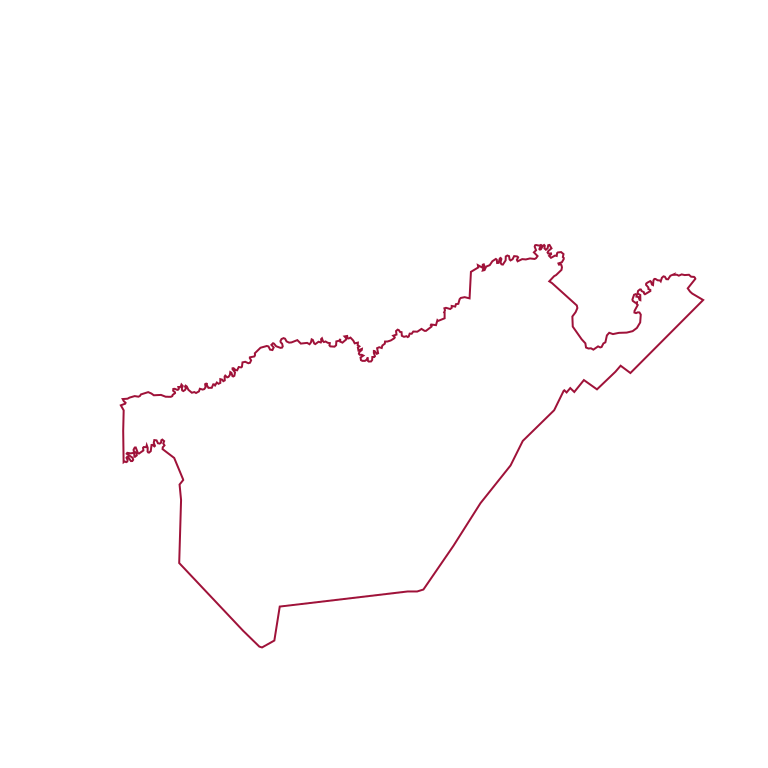 Nitchidorf, Timis, Romania, rotated 130°
{"feature_id": "2599482B42012307395467", "entity_name": "Nitchidorf", "entity_type": "district", "adm_level": 2, "iso_a3": "ROU", "parent_name": "Romania", "parent_adm1": "Timis", "projection": "robinson", "projection_center": [21.512, 45.567], "detail": "fine", "context": "isolated", "style": "outline", "palette": "rose", "viewbox_px": 768, "rotation_deg": 130, "n_neighbors": 0, "source": "geoboundaries", "source_scale": "gbopen_adm2", "svg_char_len": 6166}
<svg xmlns="http://www.w3.org/2000/svg" viewBox="0 0 768 768"><g transform="rotate(130 384 384)"><path d="M563.5,574.5L564.4,572.3L564.5,569.9L565.4,569.6L569.5,571.9L571.5,566.5L587.5,553.7L611.3,533.2L610.0,532.9L609.6,531.3L608.4,530.8L607.1,531.5L606.1,533.8L604.8,533.9L604.4,533.2L605.7,528.3L604.8,527.3L603.3,527.4L602.1,529.2L602.8,536.3L601.7,536.4L600.0,533.5L597.8,531.6L597.9,530.6L600.0,528.6L599.9,528.0L597.6,527.5L596.1,529.1L596.2,532.7L595.3,533.6L592.9,534.1L592.2,533.4L595.0,528.3L594.8,527.0L589.6,525.6L587.7,527.6L586.7,527.5L585.2,525.5L583.4,526.4L584.8,524.0L587.7,521.7L588.0,520.7L587.6,519.9L585.4,519.5L580.1,522.9L579.4,522.2L579.4,519.8L578.6,519.7L577.0,522.6L574.6,523.9L573.4,522.0L574.7,519.1L573.8,517.5L572.3,517.1L570.2,518.4L569.1,518.1L569.1,515.7L571.4,514.9L572.1,512.7L574.7,512.8L576.2,511.8L575.5,497.2L586.1,476.8L586.6,476.1L592.4,476.0L603.3,464.9L652.8,425.8L663.6,333.3L665.3,310.7L664.2,308.1L651.0,303.1L621.5,320.8L527.6,232.4L521.7,225.3L516.1,221.7L463.4,226.8L413.3,233.5L365.0,234.7L338.4,241.1L294.7,236.8L273.7,242.0L272.9,241.8L273.1,238.7L267.4,238.7L267.8,233.1L252.5,233.4L251.2,217.4L225.9,214.6L217.9,214.5L217.2,202.3L114.5,193.5L116.6,206.0L116.5,208.9L115.5,212.8L103.3,213.1L102.7,214.3L102.7,215.4L104.4,217.7L104.3,220.6L107.3,223.7L108.7,226.4L111.5,227.8L112.1,230.0L114.3,232.4L113.7,232.5L117.0,234.2L121.2,233.7L122.2,235.1L121.3,237.8L121.9,239.1L124.0,239.4L127.5,238.0L127.3,239.1L128.7,241.1L129.0,243.5L129.7,244.4L131.4,244.2L135.3,241.5L135.6,242.7L134.0,245.3L134.0,246.2L137.1,247.4L138.5,247.7L139.6,247.0L140.1,243.6L141.3,242.5L140.7,240.5L141.6,239.7L147.5,241.8L147.5,242.9L146.6,244.0L147.2,246.4L146.5,247.9L147.0,248.7L149.3,249.2L150.8,248.5L151.6,247.6L151.1,244.9L155.0,241.5L155.3,242.3L153.8,244.9L154.8,246.8L153.0,247.7L153.3,248.9L154.9,249.8L159.6,248.0L160.4,246.9L160.2,243.6L158.8,242.7L160.3,241.7L160.4,240.4L166.9,239.1L168.3,238.1L167.7,236.5L165.9,235.6L165.0,234.3L165.8,231.9L172.2,227.3L178.5,226.3L183.7,227.5L188.6,231.1L193.8,236.9L198.6,240.7L200.0,244.4L203.5,244.5L209.8,241.2L211.9,242.0L215.8,241.1L217.0,241.9L217.6,244.2L223.1,245.7L223.6,248.4L225.4,250.2L226.2,252.7L223.4,255.9L222.7,261.3L218.7,276.3L211.2,283.1L205.8,283.4L201.5,284.7L199.9,286.8L198.7,320.2L199.1,323.4L192.0,323.0L190.0,322.2L182.5,321.4L180.2,322.7L178.9,324.5L178.7,325.4L180.1,326.7L179.5,327.9L176.4,326.0L172.9,326.6L171.9,327.3L171.8,328.6L169.1,330.0L169.1,333.1L171.5,335.4L172.5,335.5L174.9,334.0L175.6,335.5L180.0,337.2L179.7,339.9L177.2,339.4L176.6,340.0L178.5,342.0L178.2,343.2L176.4,343.6L172.4,342.9L171.1,346.6L172.1,347.4L174.9,345.9L177.1,346.3L177.0,348.2L174.7,349.8L174.6,350.7L176.2,351.1L179.9,350.4L180.8,350.9L180.9,351.5L180.2,352.0L176.5,352.4L176.6,353.2L178.2,354.0L179.8,356.9L180.7,357.4L182.0,356.8L183.8,353.5L186.8,353.8L187.3,348.6L189.9,348.4L191.4,349.0L194.0,352.9L197.4,355.4L199.5,358.4L204.1,360.5L203.5,362.0L200.7,362.7L200.7,364.0L202.4,366.5L205.8,365.7L208.0,366.5L207.9,367.8L205.7,370.4L206.3,372.1L208.0,372.7L211.1,370.3L216.1,369.7L216.8,370.9L216.3,372.2L215.6,373.1L212.8,374.4L212.5,375.7L213.4,376.0L217.6,374.1L218.6,375.1L216.3,377.5L216.3,378.7L220.3,379.9L225.0,379.4L228.4,381.2L232.1,380.2L233.6,381.3L228.9,383.3L228.2,384.5L229.1,385.0L231.6,383.3L232.6,388.5L234.1,386.7L242.2,389.5L263.4,373.5L265.6,378.0L268.7,380.5L270.4,380.6L274.8,378.6L276.6,380.2L278.9,379.2L280.7,382.3L282.1,381.1L284.0,381.5L285.8,385.5L287.2,386.4L288.3,384.7L290.4,384.0L290.2,383.6L294.7,379.8L300.9,383.1L300.8,384.1L305.5,382.0L308.1,386.1L308.8,386.0L308.8,384.8L309.5,384.5L316.3,386.0L317.2,387.1L317.7,390.7L322.5,392.1L325.0,395.3L327.7,395.1L328.9,396.7L331.7,395.6L332.8,396.0L332.9,397.5L335.0,399.0L335.6,401.3L333.0,403.9L333.8,405.2L333.2,407.3L333.6,408.5L335.7,408.8L338.1,406.2L341.1,408.0L341.3,405.8L342.3,405.5L346.3,406.8L349.3,408.7L350.8,410.5L352.6,409.3L355.6,410.0L357.9,408.9L358.9,411.3L361.0,412.3L364.2,408.3L365.5,408.9L364.8,412.4L365.2,413.0L366.7,411.8L368.5,408.8L369.6,408.8L370.8,410.3L373.2,408.5L375.0,408.4L376.6,410.1L376.6,411.3L374.0,413.6L376.5,412.9L378.6,413.5L380.2,415.5L380.5,417.0L378.8,419.0L375.5,418.1L375.9,419.8L377.2,421.3L377.0,422.7L375.4,423.4L372.2,422.9L371.3,423.5L374.7,425.2L372.8,427.5L371.0,427.1L371.2,429.1L369.1,430.6L371.7,432.6L370.5,435.4L370.0,439.5L371.8,440.3L372.4,441.4L370.9,443.1L372.9,444.8L373.3,442.3L374.2,441.6L379.0,442.4L379.7,444.8L377.6,446.5L379.4,446.0L382.0,447.9L385.1,445.6L387.2,445.9L389.7,449.3L389.5,450.6L387.5,451.8L388.6,453.6L389.0,456.1L390.5,457.0L390.4,458.3L388.9,460.9L390.1,461.0L391.6,459.4L392.8,459.1L393.7,461.3L397.6,462.3L397.8,463.5L396.0,466.9L396.3,468.1L399.1,466.7L401.4,466.6L401.9,469.3L406.5,473.7L406.1,478.6L411.6,481.6L413.3,483.3L414.0,486.0L412.9,488.9L413.4,490.4L415.4,491.4L417.7,490.9L418.5,489.8L418.6,488.0L420.2,485.8L421.7,485.5L422.9,486.6L424.4,490.9L423.8,494.2L424.1,495.2L426.4,495.4L426.9,492.0L429.7,491.3L430.9,493.4L429.5,496.6L430.2,498.2L435.6,501.9L443.5,502.7L444.7,501.4L446.2,501.0L449.8,503.9L450.4,503.5L451.3,501.0L453.9,500.3L455.3,501.3L456.2,504.6L458.4,506.3L462.1,503.9L463.1,504.1L464.4,506.2L467.9,505.3L468.7,506.6L468.6,509.4L469.3,510.1L470.0,509.6L470.9,505.6L473.9,503.9L475.1,504.3L475.4,505.1L473.5,508.1L473.7,509.4L476.1,507.9L478.6,507.7L479.7,508.4L479.6,511.0L480.7,510.9L483.6,508.3L485.1,508.9L484.7,510.8L485.5,512.5L488.4,510.1L490.2,510.9L490.3,513.0L493.7,512.5L493.5,514.0L494.0,514.6L497.6,513.5L499.8,516.0L498.8,518.9L497.7,519.8L498.0,520.5L499.1,520.9L501.2,518.6L503.4,518.4L504.8,519.3L506.0,522.0L508.6,521.0L511.7,522.2L512.1,524.1L514.2,525.6L514.2,530.1L512.7,533.4L512.8,534.9L513.8,534.8L514.7,532.9L516.4,532.6L518.4,533.2L518.6,534.5L517.4,536.0L514.9,536.9L514.6,538.8L516.9,537.9L518.5,539.6L519.5,538.1L520.8,538.1L521.4,538.6L522.2,541.2L523.2,542.2L524.7,541.2L524.7,538.8L525.3,538.2L528.2,538.9L529.4,538.4L530.9,539.1L534.1,543.1L535.7,547.8L540.6,553.1L540.8,556.0L541.8,559.4L548.2,563.5L550.1,563.3L551.6,564.0L553.5,567.2L558.0,570.2L560.1,571.0L563.5,574.5Z" fill="none" stroke="#9f1239" stroke-width="2"/></g></svg>